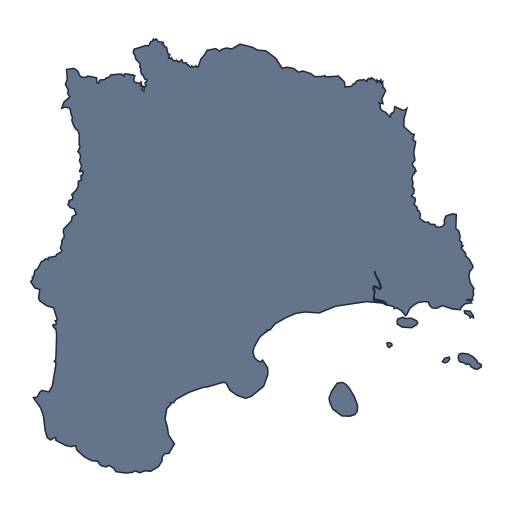 outline of South Santo, Sanma, Vanuatu
{"feature_id": "77236927B84597259035429", "entity_name": "South Santo", "entity_type": "district", "adm_level": 2, "iso_a3": "VUT", "parent_name": "Vanuatu", "parent_adm1": "Sanma", "projection": "natural_earth1", "projection_center": [166.9, -15.558], "detail": "fine", "context": "isolated", "style": "filled", "palette": "slate", "viewbox_px": 512, "rotation_deg": 0, "n_neighbors": 0, "source": "geoboundaries", "source_scale": "gbopen_adm2", "svg_char_len": 5874}
<svg xmlns="http://www.w3.org/2000/svg" viewBox="0 0 512 512"><path d="M456.3,214.4L452.3,213.8L445.8,216.1L444.3,220.0L444.5,224.0L442.7,226.1L439.3,227.4L436.3,226.8L434.6,224.4L430.3,224.3L428.4,222.2L425.2,222.3L420.4,219.0L419.8,217.1L420.5,214.9L419.0,210.9L417.5,210.2L417.1,207.2L414.1,204.6L415.4,200.5L415.1,198.2L411.3,195.9L413.6,193.4L414.3,189.5L412.3,186.5L413.1,182.8L411.8,178.6L413.0,174.4L414.6,173.4L414.8,171.6L416.1,171.3L414.7,167.7L413.1,166.6L412.5,163.2L414.9,160.3L413.8,152.2L415.7,141.9L412.8,139.3L414.3,134.4L411.6,133.7L403.9,126.7L404.0,118.7L406.9,108.4L405.3,109.9L403.0,110.3L394.8,106.6L394.0,111.8L391.1,113.5L390.3,117.0L385.5,112.3L382.1,110.7L380.3,108.2L380.2,104.8L379.2,103.0L383.0,103.7L381.8,98.9L385.7,90.5L383.5,87.4L382.8,87.5L382.8,84.1L382.0,83.7L382.8,81.6L380.6,82.6L381.3,81.1L380.9,79.6L379.9,80.8L377.6,80.8L377.3,83.2L376.7,80.0L376.1,80.9L371.4,77.6L370.5,79.3L369.0,78.3L367.4,79.3L366.9,81.5L363.5,79.4L362.1,80.3L360.0,79.8L356.4,81.2L354.8,83.8L353.5,83.7L351.4,86.4L344.9,86.9L344.5,82.0L338.5,76.1L325.9,77.0L325.0,75.5L321.8,76.5L314.7,76.6L310.9,73.6L302.8,71.0L298.5,72.2L293.6,68.4L286.9,67.2L282.2,68.3L275.7,58.2L265.8,50.8L257.5,50.1L252.6,47.3L240.0,44.1L232.0,48.9L226.4,48.0L221.4,49.5L219.5,51.2L215.7,48.6L206.9,50.4L204.5,54.9L200.8,59.1L198.3,66.6L197.2,67.0L196.2,65.7L193.3,67.2L191.7,65.9L190.5,67.5L188.5,64.9L187.1,64.6L186.5,62.9L182.9,62.8L181.7,59.7L178.8,62.2L176.6,60.2L173.4,60.8L171.2,57.6L170.6,58.5L168.5,58.2L169.9,54.4L168.0,53.8L166.5,47.2L165.1,47.0L164.2,45.2L162.5,44.6L163.4,42.5L158.1,41.6L156.9,39.5L155.5,39.0L154.6,40.1L153.3,39.1L152.3,41.3L150.7,41.6L148.8,45.7L145.6,45.6L134.1,49.2L133.2,52.8L134.9,55.3L135.8,59.1L140.1,63.9L139.8,67.4L141.1,68.6L140.5,70.7L141.7,74.5L142.5,74.5L144.9,79.2L147.0,79.7L147.0,80.9L145.1,82.6L145.2,84.2L146.2,84.7L145.6,86.5L144.4,86.8L143.9,91.2L141.8,89.3L143.4,86.3L140.5,85.9L141.7,84.3L141.0,83.7L141.3,82.1L139.4,83.3L134.2,82.0L133.9,78.6L134.9,75.7L132.1,74.5L130.5,75.2L129.7,74.3L124.9,73.8L123.8,76.3L122.4,74.6L120.2,74.0L110.7,74.9L109.2,77.2L106.0,77.9L105.1,79.5L99.6,80.1L98.5,83.2L96.7,82.2L96.6,77.8L87.7,76.0L85.9,77.3L82.7,77.3L80.1,76.1L77.7,71.1L73.9,68.3L66.5,69.5L67.3,78.8L65.4,84.5L68.4,90.1L67.7,93.6L69.8,97.0L64.0,101.9L61.7,108.3L64.8,107.2L69.1,107.9L70.2,109.3L71.2,114.9L72.5,117.1L71.8,120.2L73.8,125.9L76.0,129.4L77.6,130.2L79.3,134.5L79.1,144.7L80.1,146.7L77.9,151.6L80.1,154.3L80.5,157.2L79.5,160.6L81.6,166.2L79.5,171.3L80.0,171.9L82.7,170.9L83.2,173.8L80.7,175.9L81.4,176.4L80.9,177.7L81.7,179.9L78.4,181.2L78.1,186.7L76.0,190.3L71.7,194.5L72.9,197.7L72.2,199.5L69.4,200.3L68.7,201.5L69.5,202.1L67.8,204.4L70.3,207.6L74.3,208.9L76.2,214.4L72.2,216.6L71.4,221.0L63.7,229.0L63.3,231.8L64.4,236.6L61.8,240.5L61.7,244.1L60.3,247.9L61.9,250.5L61.1,252.0L56.7,254.3L55.9,256.2L48.2,257.6L48.1,259.7L45.5,258.8L43.2,261.0L41.5,261.3L37.6,268.9L34.9,270.5L33.6,276.5L32.2,277.1L32.7,279.2L30.7,281.6L34.8,288.0L39.8,289.5L38.5,297.9L39.8,300.9L46.8,305.8L53.7,307.9L57.2,319.6L56.8,320.6L55.2,320.7L56.4,323.6L55.8,324.9L53.5,324.4L52.7,325.8L56.1,330.0L56.6,335.0L56.0,355.8L55.5,360.3L54.2,361.3L55.7,362.6L55.9,364.6L52.3,385.8L49.1,391.9L41.7,390.4L39.6,392.4L37.3,397.0L33.4,397.7L40.5,407.8L42.2,412.2L43.5,416.3L45.1,430.3L47.2,437.5L50.6,440.0L54.6,437.6L55.9,438.3L55.8,440.3L66.2,445.7L71.6,446.7L75.5,445.6L77.0,450.2L84.3,456.8L91.3,460.6L97.9,461.3L99.3,464.1L101.6,465.8L106.3,466.9L108.7,465.5L110.0,466.0L113.8,468.4L116.1,471.7L125.9,473.0L132.5,472.3L135.1,470.8L139.8,472.8L145.0,470.7L150.5,471.4L158.6,466.5L162.2,460.6L162.1,457.2L164.4,454.0L168.9,453.3L174.5,444.0L168.4,434.8L167.5,427.4L165.1,419.2L166.7,408.7L170.9,404.2L170.4,402.5L173.4,402.8L176.0,399.4L188.9,392.3L204.5,386.9L206.3,387.2L222.8,382.4L226.0,382.8L229.9,390.3L237.4,395.5L245.5,398.3L251.3,396.4L263.6,386.3L267.9,374.2L267.6,367.8L262.6,360.1L260.5,361.9L257.4,360.5L254.8,357.9L253.3,354.2L253.1,351.1L254.2,346.9L259.9,336.8L267.6,330.8L267.2,330.1L269.8,330.1L275.1,323.8L286.2,317.5L296.0,313.3L304.8,312.0L319.2,312.9L335.7,306.2L366.7,301.6L382.7,303.1L386.3,305.1L386.5,304.2L383.9,302.3L375.0,300.7L373.4,299.2L374.5,291.2L372.8,288.4L373.3,286.6L375.0,285.9L379.6,288.7L380.8,287.9L378.8,281.5L375.1,274.5L374.6,272.5L374.9,271.1L375.6,274.6L379.2,281.0L381.4,287.7L379.9,289.4L374.8,286.6L373.6,287.2L375.0,291.4L374.0,295.3L374.3,299.0L384.2,301.2L386.7,303.9L386.9,305.0L393.3,306.3L394.1,308.7L397.0,308.0L401.6,310.9L405.4,315.7L406.5,315.1L409.9,308.4L414.1,304.8L418.4,302.5L424.3,301.6L428.3,302.0L429.4,305.0L432.1,307.9L436.4,308.3L442.6,305.6L452.3,309.0L460.3,309.7L461.6,306.9L464.8,303.9L471.7,302.8L470.9,301.0L466.9,300.1L467.6,299.4L472.6,300.1L472.4,297.2L473.7,294.6L473.1,290.7L474.0,288.5L470.4,283.0L468.9,276.5L469.8,271.4L472.9,267.7L472.7,265.6L469.0,259.1L465.8,256.2L465.6,253.3L461.1,247.9L463.2,245.9L461.5,245.1L461.9,242.6L459.6,240.3L460.1,236.2L458.8,231.0L455.8,228.6L456.3,214.4ZM357.6,405.6L354.1,396.2L349.1,387.9L345.6,384.2L342.5,382.4L337.2,383.2L331.9,390.8L329.0,398.1L329.8,402.3L332.8,409.2L341.9,415.9L349.8,416.2L354.8,414.6L357.3,411.1L357.6,405.6ZM473.0,356.8L467.6,353.9L461.6,353.3L459.2,354.2L458.0,357.3L459.2,361.0L460.5,362.1L463.4,362.5L466.4,364.5L469.2,363.9L471.2,366.8L474.7,368.9L477.0,369.4L481.1,367.1L481.3,364.6L477.7,362.7L476.8,360.5L473.0,356.8ZM405.1,318.5L403.0,317.2L397.8,318.9L397.1,321.2L397.4,324.2L402.4,327.2L411.7,327.7L416.6,324.7L417.8,322.9L416.5,320.7L411.0,318.1L405.1,318.5ZM470.1,311.1L464.3,310.8L464.7,313.2L468.7,315.3L470.3,317.9L471.2,316.4L473.5,317.9L473.3,315.7L470.1,311.1ZM449.2,357.1L444.6,358.3L442.3,361.7L444.9,362.9L447.9,361.7L449.7,359.0L449.2,357.1ZM391.6,343.6L388.6,342.5L386.9,343.2L387.5,346.1L389.1,347.6L392.1,345.4L391.6,343.6Z" fill="#64748b" stroke="#1e293b" stroke-width="1.5"/></svg>